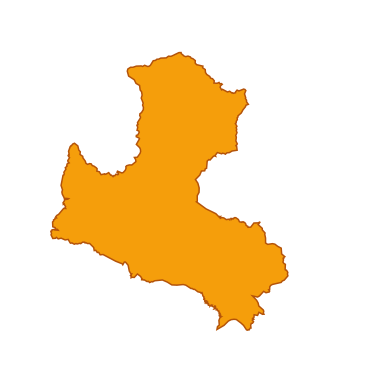 Belu, Nusa Tenggara Timur, Indonesia, rotated 303°
{"feature_id": "22746128B36840991830224", "entity_name": "Belu", "entity_type": "district", "adm_level": 2, "iso_a3": "IDN", "parent_name": "Indonesia", "parent_adm1": "Nusa Tenggara Timur", "projection": "mercator", "projection_center": [124.962, -9.176], "detail": "fine", "context": "isolated", "style": "filled", "palette": "amber", "viewbox_px": 384, "rotation_deg": 303, "n_neighbors": 0, "source": "geoboundaries", "source_scale": "gbopen_adm2", "svg_char_len": 5978}
<svg xmlns="http://www.w3.org/2000/svg" viewBox="0 0 384 384"><g transform="rotate(303 192 192)"><path d="M204.1,265.5L202.1,264.2L199.7,260.8L194.5,260.4L192.9,258.2L193.6,257.6L193.4,255.6L194.4,254.6L195.1,252.9L194.9,251.3L194.4,251.2L194.3,250.2L193.5,250.0L192.9,248.0L194.2,245.8L194.3,242.7L193.7,241.7L192.0,241.2L192.2,240.8L191.4,240.5L191.2,239.4L190.7,239.7L190.8,239.2L189.6,238.3L189.2,238.6L189.2,237.7L187.5,235.7L187.6,232.9L186.8,230.9L185.6,230.2L186.6,229.6L186.0,229.5L186.4,228.8L185.7,228.8L186.8,223.9L185.5,213.0L186.2,201.0L187.2,201.4L191.8,198.4L195.5,198.1L199.3,195.8L202.6,192.1L204.3,188.1L210.4,189.3L214.7,188.5L216.7,191.1L218.7,190.5L219.8,191.3L226.2,187.9L228.4,188.5L228.6,189.7L233.5,190.5L234.5,191.1L234.8,192.3L235.3,191.5L238.9,191.8L240.2,196.1L241.1,196.4L241.8,198.0L241.9,199.4L243.8,199.9L245.4,201.9L248.2,203.3L251.6,207.1L254.8,204.4L254.7,203.6L257.0,203.8L258.7,201.0L262.2,199.3L263.1,198.0L266.3,197.4L267.6,195.7L268.7,195.5L270.3,193.9L271.6,193.9L273.0,191.1L274.0,191.4L275.5,190.6L277.4,190.6L278.7,189.5L279.9,189.7L280.9,189.1L285.1,190.3L288.5,190.0L292.6,190.4L294.2,190.0L296.2,191.5L297.3,188.7L298.7,187.7L299.5,185.9L300.3,185.7L302.9,182.6L306.4,181.9L306.8,180.6L306.5,179.3L302.3,176.3L302.0,174.3L299.6,174.0L299.0,174.4L297.4,173.1L297.4,172.1L296.8,171.8L297.0,168.7L295.2,167.3L294.7,161.6L293.8,161.2L295.2,158.5L296.6,158.1L298.8,158.7L298.9,157.5L297.9,156.4L298.6,155.0L296.9,153.9L295.3,151.1L297.4,150.1L298.2,147.5L297.6,145.5L298.6,144.0L298.6,140.4L299.6,138.2L301.9,136.4L302.0,133.2L303.5,132.6L301.3,126.5L301.9,124.4L304.0,123.2L304.3,120.0L303.8,118.4L304.4,117.1L303.8,114.6L302.1,113.0L301.7,111.5L302.2,107.6L303.0,106.9L301.8,105.1L294.4,100.6L293.1,98.3L290.4,97.3L287.2,92.8L285.3,91.7L284.2,90.2L282.5,89.7L281.0,88.0L275.5,88.1L273.9,87.4L273.0,86.2L272.5,83.3L270.4,82.2L270.1,80.8L267.2,76.7L264.5,74.6L263.1,72.5L260.2,71.2L258.1,71.9L254.7,75.7L254.7,82.4L252.6,85.9L252.8,90.0L249.3,93.0L248.6,95.1L246.1,97.4L243.1,98.3L239.9,102.7L238.0,103.2L236.6,105.1L234.5,106.3L231.1,106.4L229.3,105.7L227.5,106.6L227.1,107.7L226.1,108.4L220.5,108.5L219.1,110.0L218.0,109.4L216.8,111.2L213.8,112.3L214.2,114.0L213.4,115.2L210.4,115.5L209.2,114.5L208.0,115.1L208.4,118.1L208.0,119.0L201.6,119.4L200.7,123.9L199.8,125.4L197.9,126.9L196.1,127.4L191.4,127.2L189.6,124.9L188.4,127.2L186.9,128.4L181.9,126.8L180.5,124.6L178.5,122.9L177.2,122.7L176.1,123.7L173.9,124.2L170.9,123.7L169.8,122.8L168.9,118.2L167.7,118.4L167.7,120.0L166.8,120.6L166.1,120.4L165.5,118.5L163.6,118.4L163.2,117.5L161.9,117.4L162.3,115.2L161.8,114.7L162.9,111.6L160.3,110.2L159.4,109.4L159.7,108.9L157.0,106.3L158.5,103.2L157.7,100.8L159.8,99.8L160.2,98.5L160.3,95.6L159.8,94.0L160.7,92.2L160.1,90.7L158.3,89.4L158.3,87.4L159.7,85.8L161.2,82.0L162.4,80.9L162.5,77.6L164.9,76.4L165.5,74.3L168.5,71.1L168.9,66.9L167.2,65.8L164.5,65.6L165.4,65.4L163.8,65.1L158.9,66.3L157.2,68.0L155.3,68.3L155.8,68.9L154.6,69.3L154.1,70.6L150.7,70.7L149.8,71.6L149.5,73.1L147.7,72.0L146.2,72.4L145.7,73.1L143.3,72.5L142.5,73.8L138.8,73.8L137.7,74.9L136.3,75.2L136.0,75.0L136.5,74.8L135.6,74.8L126.2,78.6L123.3,82.2L121.1,82.9L119.6,84.3L117.0,88.8L116.7,87.9L117.0,89.5L117.9,89.5L119.2,92.1L118.3,91.8L116.3,89.3L114.9,89.8L112.7,89.7L112.1,90.4L112.4,90.9L111.6,91.0L112.1,91.6L110.8,94.0L109.9,94.0L109.4,95.0L108.3,93.3L100.5,92.3L98.8,91.4L97.1,91.2L96.5,92.5L95.5,91.3L94.4,91.8L93.2,91.1L92.3,91.7L90.9,91.4L87.0,94.2L87.6,96.5L86.6,98.6L87.4,99.5L87.0,100.6L85.5,97.7L86.0,97.5L86.4,98.4L86.6,97.9L84.0,95.2L83.1,95.6L82.2,95.0L80.5,96.9L79.3,97.1L77.2,100.6L78.8,102.7L80.1,103.0L79.8,105.3L82.0,107.4L82.7,111.7L84.8,114.0L83.0,117.4L83.0,118.2L83.9,119.0L84.1,121.7L85.6,122.8L85.8,123.9L88.0,126.0L88.1,126.8L90.4,127.6L91.5,129.4L91.0,130.1L91.7,130.8L91.9,132.5L93.1,134.2L91.9,139.8L89.6,141.9L90.7,143.0L89.7,145.5L90.3,145.9L90.4,147.0L89.3,149.2L91.1,151.4L92.4,165.8L93.8,172.7L93.3,173.6L96.4,173.4L97.0,174.4L95.8,178.3L91.5,182.5L90.2,185.1L90.5,186.1L88.5,185.8L88.3,186.3L88.7,186.6L86.9,187.6L87.9,188.3L88.9,190.1L93.5,190.9L93.2,194.8L92.3,196.7L91.1,197.5L91.9,198.0L91.5,198.9L92.3,199.7L92.4,203.0L93.3,204.2L93.0,205.8L95.0,207.1L95.2,208.0L97.2,209.0L102.1,215.1L103.0,220.5L103.1,225.7L105.7,230.1L109.6,235.0L110.5,237.5L110.5,243.8L111.1,244.5L111.2,246.4L111.8,247.3L111.5,251.3L112.5,254.0L112.1,254.7L113.0,255.2L110.7,257.9L110.6,259.0L109.5,259.7L109.5,260.4L108.4,260.4L108.3,261.7L107.7,262.0L108.3,263.0L107.1,262.8L107.4,263.5L106.6,263.7L107.8,264.4L106.9,264.7L107.8,265.3L106.7,265.9L107.2,266.7L106.0,267.4L106.7,269.1L106.2,269.3L107.8,269.8L108.1,270.6L107.1,270.4L107.4,273.5L108.8,273.2L109.0,273.8L107.5,275.1L106.8,274.2L106.0,274.2L106.9,275.0L107.1,276.3L106.5,276.6L107.2,277.1L106.7,277.4L106.7,279.3L106.0,279.3L105.9,280.7L104.7,281.0L105.1,281.7L104.6,281.8L104.4,282.9L103.2,282.2L102.9,282.6L103.5,283.4L102.7,283.8L103.1,284.4L101.8,283.9L99.0,284.5L95.3,287.3L93.0,286.7L90.3,287.8L97.6,291.5L103.6,292.8L106.2,294.3L108.1,296.5L109.2,298.6L108.8,304.3L108.2,307.9L106.1,312.7L106.2,313.6L107.3,314.3L107.3,314.9L109.8,315.0L110.1,315.5L112.2,313.8L114.1,313.3L114.9,314.2L116.7,314.3L117.6,311.7L117.5,312.9L118.2,312.4L118.9,313.0L119.1,311.7L120.4,312.3L122.9,311.0L124.2,314.2L127.6,313.7L127.8,317.7L128.7,318.9L129.3,317.8L131.1,317.1L131.9,316.0L132.8,310.1L135.0,307.8L136.4,305.1L137.8,299.3L139.6,304.2L141.6,305.2L147.7,306.2L147.8,308.9L150.2,311.2L151.1,311.1L151.8,309.6L152.4,310.3L154.9,308.8L156.6,308.9L158.3,309.8L164.7,316.0L166.6,316.2L168.4,317.4L173.9,318.1L175.2,316.7L176.8,316.1L177.9,313.8L177.5,312.8L177.9,312.2L182.2,309.7L182.1,308.0L182.8,306.4L184.5,305.9L186.0,304.6L186.3,305.1L187.3,304.7L188.3,305.1L188.9,300.9L193.5,297.4L193.1,293.5L193.4,289.9L192.5,287.6L189.3,284.0L189.3,281.5L193.5,278.7L196.1,276.1L197.4,275.6L198.5,271.6L199.8,270.7L200.7,265.2L204.1,265.5Z" fill="#f59e0b" stroke="#b45309" stroke-width="1.5"/></g></svg>